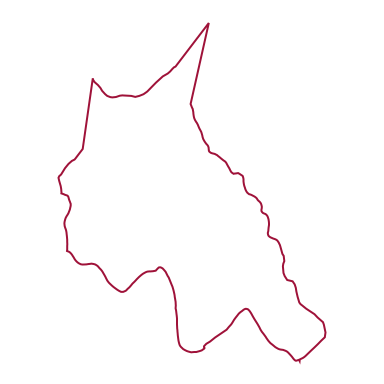 Anbre, Micoud, Saint Lucia
{"feature_id": "8701671B63359836488901", "entity_name": "Anbre", "entity_type": "district", "adm_level": 2, "iso_a3": "LCA", "parent_name": "Saint Lucia", "parent_adm1": "Micoud", "projection": "equal_earth", "projection_center": [-60.927, 13.828], "detail": "fine", "context": "isolated", "style": "outline", "palette": "rose", "viewbox_px": 384, "rotation_deg": 0, "n_neighbors": 0, "source": "geoboundaries", "source_scale": "gbopen_adm2", "svg_char_len": 5485}
<svg xmlns="http://www.w3.org/2000/svg" viewBox="0 0 384 384"><path d="M196.3,352.0L199.6,351.1L201.7,350.4L202.8,349.6L204.2,348.6L204.4,348.3L204.5,348.0L204.1,347.6L204.0,346.3L204.7,345.5L204.9,345.3L206.3,343.8L210.0,341.6L215.1,337.5L226.6,329.7L228.8,327.0L231.2,324.4L232.4,322.6L234.0,319.9L235.6,317.7L237.2,315.7L238.8,313.6L240.5,312.1L242.2,310.9L243.4,309.9L244.5,309.2L245.7,308.8L246.6,308.9L247.8,309.2L249.0,310.3L249.9,311.4L251.2,313.4L252.9,316.5L254.6,319.4L256.0,321.6L257.4,323.8L259.4,327.3L260.5,329.6L261.8,331.7L263.7,334.1L265.0,335.9L265.8,337.0L266.7,338.5L267.1,339.0L268.2,340.6L269.4,342.0L270.5,343.2L271.8,344.2L273.4,345.5L275.3,347.1L276.6,347.9L278.4,348.9L279.5,349.3L280.9,349.6L281.8,349.7L283.2,349.9L284.2,350.3L285.8,350.9L287.2,351.7L288.3,352.7L289.6,354.1L290.8,355.4L292.0,356.8L293.1,358.3L293.9,359.3L295.0,360.3L295.7,360.7L296.4,360.7L297.5,360.3L299.0,359.8L299.6,361.0L299.7,360.0L299.7,359.5L301.1,358.8L302.6,358.1L303.1,357.8L304.3,357.0L305.5,356.0L311.2,350.5L314.4,347.5L317.8,344.2L321.3,340.6L324.8,337.3L325.5,332.5L323.9,324.8L323.0,322.2L317.6,317.5L314.5,314.2L306.2,308.7L300.5,304.1L299.3,302.5L297.6,296.8L296.4,291.6L295.8,287.8L294.7,284.4L292.6,281.3L287.2,280.0L284.7,276.1L283.5,273.0L282.9,266.3L283.3,263.7L284.3,261.1L283.7,255.9L282.4,253.9L281.3,249.9L280.8,248.1L280.0,245.3L279.8,244.8L279.2,243.6L278.7,242.5L277.9,241.4L277.3,240.5L276.2,239.7L274.9,239.1L273.1,238.5L270.6,237.4L269.6,236.8L268.9,236.2L268.4,235.6L268.0,234.4L267.8,233.0L268.3,231.0L268.4,229.7L268.6,227.6L269.0,225.0L269.0,223.5L268.9,221.9L268.7,220.5L268.5,219.2L267.8,217.0L267.5,216.3L267.0,215.5L266.2,214.6L265.4,214.0L264.1,213.5L263.0,213.0L262.1,212.1L261.5,211.1L261.4,209.9L261.7,208.5L261.8,207.7L261.8,206.4L261.3,204.5L260.9,203.4L260.4,202.7L259.6,201.7L259.1,201.3L258.4,200.7L257.6,199.8L256.9,198.6L256.4,198.0L255.7,197.4L255.2,197.0L253.9,196.2L252.5,195.5L251.4,194.9L250.0,194.4L249.1,194.2L247.9,193.2L247.3,192.7L246.4,191.4L245.6,189.8L245.2,188.7L244.8,187.3L244.5,186.6L244.0,184.8L243.7,183.0L243.5,181.4L243.5,179.2L243.3,178.0L243.0,176.9L242.8,176.3L242.5,175.8L241.7,175.3L239.9,174.1L238.2,173.1L237.3,173.2L236.2,173.4L234.4,173.6L233.6,173.8L233.0,173.4L232.1,172.8L231.3,172.1L230.9,171.5L230.2,170.2L229.3,168.3L228.5,167.0L227.7,165.6L227.0,164.3L226.2,162.8L225.5,161.9L224.6,161.1L223.6,160.5L222.1,159.3L221.1,158.5L219.6,157.2L218.3,156.2L216.9,155.0L215.8,154.5L214.7,153.9L213.4,153.6L212.2,153.3L211.0,152.9L210.0,152.2L209.3,151.6L208.9,150.8L208.8,149.8L208.7,149.0L208.6,147.6L208.1,146.1L207.5,145.2L207.1,144.7L206.3,143.9L205.5,142.8L204.6,141.5L204.2,140.8L203.3,139.2L202.6,137.1L202.3,135.5L201.9,134.1L201.3,132.1L200.7,130.9L200.1,129.8L199.3,128.3L198.4,126.2L197.9,124.9L196.9,123.0L196.2,122.0L195.1,120.2L194.3,118.4L193.9,116.9L193.7,115.8L193.4,113.7L193.3,112.2L192.7,108.9L192.3,108.2L191.8,107.1L191.4,106.0L190.6,104.0L208.8,23.0L175.5,66.6L174.0,67.3L172.3,69.0L170.9,70.6L170.1,71.5L167.8,73.5L162.8,76.4L156.0,82.6L151.2,87.5L147.3,91.5L145.8,92.6L143.5,94.2L139.3,95.9L135.3,96.9L131.2,95.9L122.3,95.4L119.8,95.7L116.0,97.0L112.3,97.4L110.3,97.1L107.2,95.9L105.1,94.1L102.1,90.8L100.4,87.9L97.9,85.0L96.4,83.7L94.5,82.0L93.1,79.8L92.8,78.3L82.7,149.0L78.1,155.0L75.3,158.7L74.5,159.6L71.9,160.9L68.5,163.9L65.0,168.2L61.1,174.5L59.2,176.2L58.5,177.8L59.2,180.9L60.7,186.1L61.2,189.0L61.5,193.0L61.4,193.4L63.7,194.2L65.2,194.9L65.7,195.0L66.4,195.3L67.4,195.6L67.8,196.0L68.3,196.8L68.6,197.8L69.0,199.3L69.3,200.2L70.1,202.2L70.3,202.9L70.7,203.8L70.7,204.6L70.7,205.5L70.5,206.7L70.2,207.9L70.0,209.0L69.5,210.5L69.0,211.7L68.4,213.3L67.4,215.0L66.6,216.2L66.0,217.3L65.6,218.1L65.1,219.7L64.7,221.2L64.5,222.4L64.4,223.3L64.5,224.5L64.7,226.2L65.2,227.8L65.8,229.4L66.1,230.4L66.5,232.5L66.6,233.7L66.8,235.4L67.0,237.3L67.1,238.6L67.2,239.8L67.2,241.8L67.3,244.2L67.2,245.9L67.2,247.9L67.2,248.5L67.2,249.4L67.0,251.0L68.8,251.7L69.8,252.3L71.2,253.7L72.3,255.2L72.7,255.9L73.5,257.1L74.2,258.3L74.7,259.2L75.2,259.9L75.6,260.4L76.3,261.2L77.0,261.9L78.1,262.8L79.2,263.5L80.9,264.3L82.3,264.5L83.5,264.5L86.2,264.4L88.8,264.0L89.9,263.9L91.1,263.7L91.7,263.7L93.6,264.0L94.3,264.2L94.7,264.3L95.5,264.6L97.5,265.9L98.5,267.0L99.5,268.2L101.0,269.7L102.3,271.4L103.4,273.3L104.4,275.0L105.6,277.2L105.8,277.7L107.3,280.6L108.8,282.6L109.8,283.6L111.8,285.5L113.4,286.9L115.4,288.4L117.2,289.7L118.3,290.4L119.5,291.1L120.6,291.6L120.9,291.8L121.8,291.9L123.1,291.9L124.3,291.4L125.7,290.8L126.6,290.0L127.6,288.9L129.4,287.3L130.8,285.7L132.5,283.6L134.4,281.8L136.0,280.1L136.7,279.3L139.0,277.0L141.3,275.0L142.9,273.8L144.8,272.7L146.2,272.0L147.4,271.6L149.3,271.4L150.6,271.4L153.0,271.2L155.7,270.7L156.4,269.9L158.1,268.1L159.0,267.4L160.3,267.3L161.2,267.6L162.6,268.4L164.0,269.9L165.6,271.8L167.7,276.0L168.7,277.5L169.8,280.2L170.6,282.2L171.9,285.4L172.4,286.5L173.2,289.2L173.6,290.7L174.4,294.2L174.6,295.4L174.8,297.2L175.0,298.2L175.6,301.8L175.7,303.9L175.8,305.6L175.6,308.2L175.7,308.9L176.0,310.0L176.2,311.4L176.5,314.0L176.7,315.5L176.9,317.4L177.0,318.6L177.0,321.3L177.0,322.9L177.0,324.7L177.1,326.4L177.2,328.6L177.4,330.1L177.5,332.0L177.6,332.7L177.8,335.3L178.0,336.9L178.3,339.3L178.5,340.7L179.0,342.9L179.6,344.9L180.2,346.0L181.2,347.2L182.2,348.1L183.2,349.1L184.1,349.6L185.1,350.2L185.6,350.4L186.5,350.9L188.2,351.5L191.2,352.3L192.2,352.2L194.2,352.0L196.3,352.0Z" fill="none" stroke="#9f1239" stroke-width="2"/></svg>